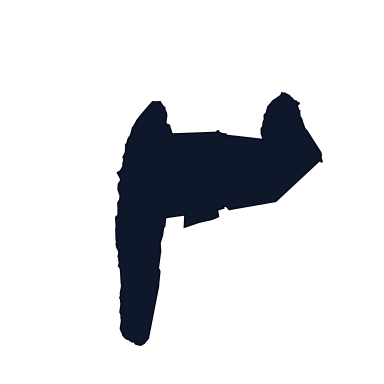 the district of Hidalgo, Nuevo León, Mexico, rotated 235°
{"feature_id": "50627088B74027010733111", "entity_name": "Hidalgo", "entity_type": "district", "adm_level": 2, "iso_a3": "MEX", "parent_name": "Mexico", "parent_adm1": "Nuevo León", "projection": "mercator", "projection_center": [-100.452, 26.003], "detail": "fine", "context": "isolated", "style": "filled", "palette": "ink", "viewbox_px": 384, "rotation_deg": 235, "n_neighbors": 0, "source": "geoboundaries", "source_scale": "gbopen_adm2", "svg_char_len": 4926}
<svg xmlns="http://www.w3.org/2000/svg" viewBox="0 0 384 384"><g transform="rotate(235 192 192)"><path d="M142.2,315.5L142.3,316.0L146.2,317.3L147.9,318.9L150.6,320.1L174.8,321.1L176.2,321.2L178.0,320.9L179.4,320.8L180.0,321.0L186.3,322.6L188.0,323.5L188.4,323.4L188.9,323.3L189.9,323.5L190.2,323.8L190.6,323.3L191.9,323.7L194.3,325.1L194.8,325.1L195.6,325.5L196.3,325.6L196.4,325.8L196.0,326.3L196.7,326.8L197.2,326.2L198.8,326.5L199.2,326.8L199.8,326.8L200.4,327.2L201.4,327.3L201.7,327.6L203.0,328.4L203.3,328.9L203.8,329.1L202.8,329.7L203.2,330.7L204.0,330.5L205.1,329.6L205.9,329.3L206.5,329.6L207.1,329.1L207.6,328.5L208.0,328.2L208.5,328.0L209.1,327.9L209.6,327.9L210.1,327.7L211.2,327.9L212.0,327.3L212.5,327.2L214.0,327.1L214.4,327.1L215.0,327.0L215.4,326.8L215.9,326.7L217.0,326.0L218.1,325.4L218.2,325.1L218.5,325.1L218.9,324.9L219.4,325.0L220.1,324.3L220.5,323.8L220.7,323.3L220.8,323.1L221.1,322.7L221.7,322.3L220.6,321.0L220.1,319.9L220.2,316.9L220.1,313.6L220.3,310.7L218.2,303.1L218.1,302.7L217.3,302.0L216.7,301.4L216.4,301.0L215.9,300.2L215.5,299.8L214.6,299.0L214.4,298.7L214.1,298.1L213.9,297.7L213.9,297.0L213.8,296.3L213.5,295.3L212.4,294.6L212.1,294.3L211.8,294.0L211.6,293.9L211.2,293.9L210.8,293.6L210.5,293.4L210.1,293.0L209.2,291.9L209.0,291.4L208.4,290.7L207.9,289.9L207.6,289.8L207.1,289.5L206.9,289.3L206.7,288.8L206.4,288.6L205.8,288.3L205.6,288.2L205.4,288.1L205.0,287.5L204.8,286.7L204.4,285.7L204.1,285.2L203.3,284.4L201.9,283.6L201.3,283.5L200.5,283.0L200.1,282.6L200.3,282.4L194.0,280.5L213.0,259.1L214.1,257.8L216.2,255.4L216.3,255.3L218.5,252.8L218.6,252.7L218.9,252.4L219.0,252.5L219.3,252.7L219.4,252.8L219.8,253.1L219.9,252.9L220.0,252.7L220.4,252.3L220.7,252.2L220.8,252.1L221.3,251.5L221.7,251.1L222.1,250.7L222.6,249.6L222.8,249.8L223.6,249.5L224.5,248.9L225.3,248.6L225.2,248.4L225.8,247.8L226.2,248.1L226.9,248.7L227.4,248.1L227.2,247.1L227.1,246.9L227.0,246.4L227.7,244.8L250.9,209.0L251.6,209.0L252.3,209.3L258.9,211.4L259.3,211.7L260.1,211.5L260.7,211.2L261.2,210.6L261.4,210.4L261.8,210.2L262.5,210.1L263.1,210.2L264.2,210.5L269.4,215.3L271.0,215.9L271.5,216.3L271.8,216.4L272.6,216.4L272.9,216.4L273.4,216.8L274.0,216.7L274.5,216.8L275.1,217.1L275.7,217.2L275.9,217.4L276.3,217.8L276.9,218.1L277.5,217.8L278.3,217.6L280.6,217.4L282.6,217.5L284.4,217.6L285.0,216.2L286.0,214.9L286.6,214.0L287.0,213.1L287.4,212.8L287.6,212.4L288.0,212.0L288.5,211.5L285.8,200.6L284.3,194.8L282.2,187.9L281.1,186.0L279.0,181.5L278.8,180.2L275.9,177.0L273.8,174.2L273.4,173.8L273.1,173.1L273.0,172.1L272.6,171.4L272.2,170.4L271.8,169.7L270.2,168.0L269.3,166.8L268.5,164.4L267.7,164.3L265.7,162.7L263.9,161.2L262.7,160.5L261.8,158.6L260.6,156.6L260.1,155.5L258.4,155.4L257.3,154.5L256.5,153.5L255.9,153.0L255.0,152.0L254.0,151.2L252.4,149.9L250.3,145.5L250.6,142.0L243.7,141.1L242.1,139.8L240.6,136.2L236.3,132.8L231.5,131.5L231.4,131.6L231.1,131.7L230.5,131.2L230.0,131.0L229.9,131.0L229.5,130.5L227.2,128.6L225.5,125.0L221.2,122.3L215.2,118.0L215.3,115.8L214.9,114.9L206.7,109.9L205.1,108.3L196.0,102.3L194.2,101.7L193.0,100.3L192.4,99.7L191.7,99.7L191.2,99.5L190.2,98.8L189.5,98.7L188.9,98.5L187.8,98.9L186.9,98.2L184.9,97.8L184.5,97.5L182.7,96.0L182.4,95.5L182.2,95.2L181.5,94.4L180.3,94.5L179.4,93.8L178.8,93.4L177.1,92.7L176.0,92.0L174.6,91.0L174.0,89.9L173.8,89.6L173.5,89.4L171.3,89.5L170.9,89.5L169.7,89.1L168.9,88.6L167.4,87.8L158.8,82.4L155.6,80.7L154.0,79.3L151.2,76.4L150.1,75.2L149.2,75.1L147.4,73.3L146.9,72.4L146.4,72.1L145.6,72.0L144.4,72.3L144.0,71.9L144.1,71.5L143.1,70.7L142.2,70.5L139.5,68.5L134.9,64.1L131.9,63.5L130.9,62.7L129.4,61.7L128.0,61.1L127.0,60.4L126.1,59.7L125.3,58.9L123.4,57.1L123.0,56.8L122.9,56.6L122.6,56.3L122.2,56.0L121.6,55.3L121.0,55.0L120.5,54.7L115.5,53.8L115.1,53.6L114.8,53.4L114.6,53.4L114.4,53.3L114.1,53.3L113.7,53.4L113.4,53.4L113.2,53.5L112.9,53.6L112.6,53.4L112.4,53.4L112.1,53.4L111.6,53.5L111.4,53.5L110.9,53.6L110.1,53.9L109.8,54.0L109.2,54.3L108.9,54.4L108.7,54.5L108.3,54.9L107.9,55.3L107.3,55.6L107.0,55.8L106.7,56.0L106.4,56.0L106.0,56.0L105.7,56.1L105.4,56.3L105.0,56.6L104.6,56.6L104.3,56.6L103.7,56.9L102.6,58.8L101.6,58.7L101.3,58.5L101.2,58.5L100.6,58.7L99.7,58.7L99.5,58.9L98.4,59.8L97.6,60.5L97.1,61.1L96.5,61.4L95.9,62.3L95.5,66.2L97.2,72.2L130.0,106.3L134.2,110.7L135.7,111.7L144.8,119.6L146.0,120.3L149.0,120.7L160.6,131.4L160.9,131.9L168.5,136.5L173.4,142.8L179.0,148.1L179.8,150.2L186.2,155.7L179.4,169.1L177.3,173.1L167.5,165.5L163.3,180.2L161.0,185.8L160.9,186.0L158.4,192.1L158.5,192.2L158.0,193.5L157.4,196.1L157.4,196.3L157.3,196.6L157.3,196.8L156.7,199.6L157.5,200.0L157.9,200.2L158.3,200.4L158.7,200.6L159.1,200.8L159.5,201.0L159.9,201.1L160.5,201.4L161.4,201.8L161.5,201.8L163.0,202.1L162.7,202.4L160.7,208.7L162.0,209.0L160.8,212.2L160.2,212.1L159.7,212.1L156.4,212.4L156.4,212.5L155.9,213.2L155.0,215.3L152.3,221.1L136.3,255.3L144.6,314.6L142.2,315.5Z" fill="#0f172a" stroke="#020617" stroke-width="1.5"/></g></svg>